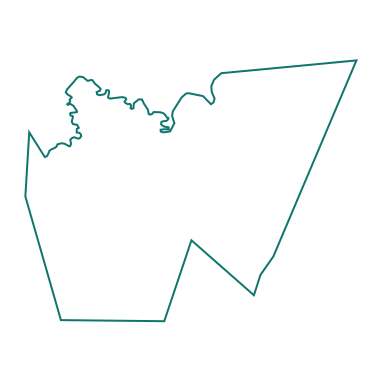 Franklin, Virginia, United States of America (Mercator projection), rotated 269°
{"feature_id": "52423323B87493021835120", "entity_name": "Franklin", "entity_type": "district", "adm_level": 2, "iso_a3": "USA", "parent_name": "United States of America", "parent_adm1": "Virginia", "projection": "mercator", "projection_center": [-76.922, 36.678], "detail": "fine", "context": "isolated", "style": "outline", "palette": "teal", "viewbox_px": 384, "rotation_deg": 269, "n_neighbors": 0, "source": "geoboundaries", "source_scale": "gbopen_adm2", "svg_char_len": 1651}
<svg xmlns="http://www.w3.org/2000/svg" viewBox="0 0 384 384"><g transform="rotate(269 192 192)"><path d="M254.5,30.3L190.5,25.3L66.2,58.7L63.3,162.0L143.7,190.6L87.7,252.1L107.9,259.0L126.1,272.2L320.7,358.7L310.3,223.4L304.0,216.1L297.7,213.2L292.0,213.4L285.0,216.2L281.2,215.1L279.4,212.5L287.7,204.7L290.8,190.5L290.6,187.9L286.9,183.4L273.1,174.3L268.6,173.4L261.1,175.6L253.0,171.2L252.1,164.8L252.9,161.8L254.8,161.7L255.2,165.1L255.2,169.9L257.1,169.7L257.8,165.6L259.2,163.1L260.4,162.3L262.5,162.6L263.1,163.7L263.6,167.7L265.0,169.4L266.5,169.5L266.5,168.7L270.9,165.4L272.2,162.2L272.6,155.1L270.8,153.5L270.1,151.6L270.6,150.1L275.0,149.4L281.0,145.6L285.4,143.6L285.5,140.4L281.7,135.4L276.8,134.9L276.1,133.3L276.9,132.0L279.5,132.6L281.0,131.8L281.0,129.2L282.3,126.9L283.4,126.1L285.9,127.9L287.3,127.1L288.1,123.9L286.8,111.3L287.9,109.7L293.4,110.9L295.2,110.3L295.1,107.9L292.6,107.4L291.1,105.7L290.4,100.9L291.4,98.8L293.5,98.4L295.0,101.9L296.8,102.4L299.3,100.0L302.0,96.8L305.5,94.4L305.8,93.1L304.9,89.7L308.8,85.0L309.4,81.7L308.3,79.2L303.6,75.2L296.8,68.9L293.7,67.5L291.4,69.7L289.7,72.5L288.6,73.4L286.4,71.2L285.0,71.8L283.6,71.1L282.0,68.8L281.3,69.4L282.2,71.8L280.1,75.1L274.8,78.4L273.8,78.2L273.2,72.0L272.3,71.4L270.5,72.0L270.3,73.6L269.4,74.3L264.4,73.0L261.9,74.3L261.2,78.3L258.1,79.9L257.0,77.9L253.6,77.7L253.1,80.4L251.9,81.7L249.8,82.2L247.8,80.7L247.3,79.2L248.8,75.1L248.2,73.2L246.3,71.2L242.3,71.9L240.1,71.1L239.8,70.2L242.5,65.4L243.0,62.4L242.0,58.3L239.8,57.4L238.8,56.1L236.9,51.9L235.7,50.2L232.7,49.0L230.4,47.6L229.6,45.4L254.5,30.3Z" fill="none" stroke="#0f766e" stroke-width="2"/></g></svg>